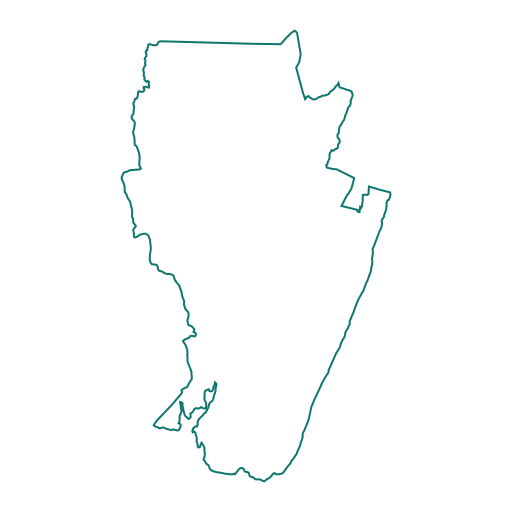 the district of Kilifi South, Coast, Kenya
{"feature_id": "3690345B19939243433246", "entity_name": "Kilifi South", "entity_type": "district", "adm_level": 2, "iso_a3": "KEN", "parent_name": "Kenya", "parent_adm1": "Coast", "projection": "robinson", "projection_center": [39.732, -3.813], "detail": "fine", "context": "isolated", "style": "outline", "palette": "teal", "viewbox_px": 512, "rotation_deg": 0, "n_neighbors": 0, "source": "geoboundaries", "source_scale": "gbopen_adm2", "svg_char_len": 6042}
<svg xmlns="http://www.w3.org/2000/svg" viewBox="0 0 512 512"><path d="M148.2,44.7L148.3,46.2L147.6,47.6L147.1,50.5L145.9,50.9L145.7,52.3L146.3,53.9L146.5,55.9L145.4,57.4L144.6,59.0L145.5,60.4L145.0,63.5L145.6,65.1L144.3,66.7L143.2,69.7L143.9,72.7L143.7,75.9L144.5,76.9L144.4,79.6L146.6,81.9L147.9,80.9L149.0,81.9L148.8,84.1L149.1,86.0L148.9,87.6L145.9,86.7L143.7,87.0L143.5,88.2L144.4,89.0L144.3,90.2L143.6,91.3L142.3,91.9L140.4,91.7L139.0,91.2L138.1,92.1L137.7,96.2L136.7,98.6L135.0,98.8L134.2,101.9L133.3,103.4L133.5,104.9L134.1,105.9L133.4,114.1L132.1,115.4L131.5,117.0L131.9,118.8L134.4,121.5L134.9,123.6L134.0,129.0L133.4,130.7L133.2,133.2L134.4,137.5L134.7,142.4L134.6,143.6L134.8,145.0L135.9,145.6L136.9,147.0L139.2,153.4L139.7,158.4L139.3,162.0L139.4,165.8L140.9,168.6L139.7,169.4L130.1,170.2L127.1,171.6L124.2,172.4L123.3,173.4L121.5,177.9L122.1,179.8L123.7,183.5L124.6,186.6L124.7,192.0L126.3,194.1L127.7,198.0L129.9,201.2L130.3,202.6L132.1,210.3L132.2,213.2L131.9,215.8L132.2,217.3L133.0,218.7L133.2,222.2L134.0,223.5L135.9,226.0L134.1,228.4L133.2,230.0L133.8,232.7L133.9,235.6L134.3,237.3L135.4,237.4L136.6,236.9L138.0,236.2L139.3,234.9L144.4,233.6L146.1,233.9L147.5,234.7L148.4,235.7L150.0,239.9L150.8,247.5L150.8,249.1L150.0,254.1L149.7,259.0L150.0,260.9L150.7,262.8L151.9,264.3L155.7,264.6L156.9,265.2L157.5,266.3L158.0,269.0L158.6,270.4L159.5,270.9L162.2,271.5L164.4,273.2L167.3,274.0L169.7,274.0L172.8,275.0L173.7,276.1L174.8,280.0L177.7,283.8L178.9,285.0L179.6,286.4L179.8,287.7L181.2,290.7L182.2,296.2L184.2,301.2L183.9,304.5L184.6,306.1L184.9,308.0L185.7,309.4L188.0,312.0L188.6,313.4L188.4,317.3L187.5,319.8L187.5,321.3L188.1,324.1L188.8,325.3L190.6,325.7L191.9,326.5L194.2,329.0L194.3,330.6L193.4,331.7L194.4,332.6L195.6,333.1L196.0,334.2L195.6,335.4L194.7,336.5L192.0,335.8L190.3,336.0L189.0,337.8L184.7,339.6L183.0,341.0L183.9,342.7L185.1,344.1L186.3,346.9L187.2,349.8L187.5,352.8L187.2,356.0L187.6,357.2L187.4,360.3L187.8,362.3L191.5,371.8L191.4,373.7L191.7,376.0L191.8,377.9L191.5,379.5L188.9,383.5L187.1,387.2L185.5,387.6L182.2,389.5L181.4,390.4L182.2,391.8L181.3,393.7L171.7,405.0L157.2,420.2L154.8,423.4L153.7,425.3L154.9,426.3L157.8,427.3L159.1,428.3L160.3,428.4L162.0,427.5L163.5,427.6L167.0,429.0L171.6,430.1L172.9,429.5L174.6,429.7L177.3,430.5L178.8,430.2L180.5,426.8L180.7,425.2L180.1,423.9L178.6,423.3L179.6,420.9L179.6,415.6L180.5,414.5L180.7,412.8L181.9,411.1L181.0,409.0L180.7,406.9L181.0,405.1L180.0,403.3L180.2,401.9L181.5,402.3L182.6,403.4L182.5,406.4L183.0,407.5L183.4,410.7L184.1,412.2L184.6,415.0L185.5,416.2L188.6,419.1L189.8,418.2L190.7,417.1L190.4,413.6L192.6,412.1L194.2,409.3L195.5,408.2L198.2,408.5L199.8,408.2L201.1,407.1L203.6,408.4L205.3,408.6L206.1,407.3L206.2,403.9L205.9,402.4L204.4,399.6L204.3,398.0L204.7,395.0L204.5,392.9L205.0,391.1L206.2,390.2L208.8,389.3L209.3,391.0L210.6,391.4L211.9,391.2L212.8,390.2L213.8,386.1L214.8,384.5L214.9,382.5L216.2,383.5L216.5,384.8L215.5,388.6L215.6,390.7L214.9,393.3L214.2,394.7L213.1,399.5L212.5,400.7L209.9,402.7L209.1,404.3L208.3,407.6L205.7,412.5L203.9,413.7L202.9,415.2L199.6,418.4L198.3,420.2L197.6,421.9L197.7,424.7L197.1,426.5L195.5,426.3L193.3,428.2L192.3,431.2L192.7,432.3L194.2,431.6L195.3,432.5L195.7,434.6L196.5,436.7L196.8,438.7L196.6,441.7L197.5,443.4L197.7,446.7L198.5,447.5L200.0,447.0L200.4,445.2L201.6,442.7L203.3,445.4L204.5,448.1L204.4,450.2L204.9,453.8L204.4,457.0L203.7,458.7L203.7,460.0L204.8,460.9L206.2,463.7L208.3,465.0L209.9,468.9L211.2,470.3L214.1,471.5L217.2,472.3L220.5,472.7L224.5,473.6L231.6,474.4L232.8,474.3L233.7,473.7L235.0,474.2L238.6,469.5L239.5,468.8L240.4,468.2L241.9,468.0L243.4,468.7L244.2,469.9L244.5,471.1L245.6,471.9L247.5,472.1L248.7,472.8L249.6,475.9L251.0,476.8L252.3,477.0L253.4,477.5L254.7,478.7L255.8,479.4L259.1,479.3L260.5,479.6L263.0,481.0L264.5,481.3L267.3,478.8L268.8,478.4L271.1,476.3L273.3,473.5L274.7,473.1L275.8,474.2L279.1,474.3L282.0,473.5L283.3,472.6L285.9,468.9L289.0,464.9L290.3,463.6L291.5,460.9L293.9,458.0L295.5,455.3L296.5,454.3L297.0,452.5L300.2,445.3L300.5,443.3L301.6,440.5L302.8,436.3L302.5,434.5L302.9,433.0L304.5,430.0L308.6,419.8L311.3,407.1L314.3,399.7L319.7,388.4L322.1,382.8L326.3,375.5L328.4,372.6L328.6,370.3L336.2,353.2L339.4,348.1L340.1,346.6L340.7,344.0L343.0,339.0L344.1,337.8L345.2,334.6L345.2,333.1L345.8,331.5L347.9,328.2L348.4,326.6L349.5,324.9L349.8,322.9L349.6,321.5L353.5,312.1L355.1,307.5L358.1,300.1L362.2,292.5L363.3,291.0L366.3,282.6L367.2,281.3L369.6,274.5L370.3,273.1L371.2,269.4L371.1,268.1L372.1,264.6L372.3,261.1L372.0,258.0L372.5,256.6L372.5,255.0L372.9,253.2L373.0,251.6L372.6,250.1L372.6,248.8L374.1,245.7L379.1,232.3L381.4,227.3L382.0,224.1L382.0,222.9L381.6,221.4L382.0,219.8L384.1,216.5L384.1,215.1L385.8,210.7L386.6,206.1L386.5,204.6L386.7,202.2L387.5,200.3L388.8,199.9L390.3,195.9L390.5,194.4L390.1,192.4L379.6,189.7L369.0,186.5L368.4,194.2L367.4,194.9L365.1,194.7L362.8,194.9L362.7,200.6L361.9,206.4L361.3,207.7L360.2,206.8L359.5,212.1L358.4,211.9L357.4,211.2L357.6,209.9L341.5,206.0L346.7,195.7L348.6,193.4L351.6,188.1L354.2,178.1L336.6,169.3L331.8,168.8L326.9,167.6L326.3,166.2L326.3,165.0L327.3,164.4L327.6,162.6L329.6,157.9L329.5,156.0L329.7,153.6L331.6,150.2L333.0,150.9L334.1,149.9L335.2,149.2L336.4,148.9L337.7,147.8L338.2,144.3L339.7,142.3L339.7,140.3L339.0,138.8L337.7,137.7L337.4,136.1L337.5,134.5L338.7,133.2L338.9,130.5L339.6,126.6L341.2,124.6L342.7,121.7L344.1,119.9L345.3,115.3L346.1,113.8L348.5,106.9L349.9,105.8L350.5,104.1L350.8,102.2L350.5,101.0L352.6,95.9L352.6,94.6L351.7,91.8L350.1,90.7L345.8,89.4L344.2,88.7L339.6,87.4L338.5,83.1L337.7,84.5L335.0,87.2L334.4,88.5L331.5,91.0L330.4,91.5L328.7,94.1L327.6,94.6L324.8,95.5L322.1,95.7L320.5,96.8L318.7,97.2L316.5,98.8L315.2,99.3L314.1,99.5L313.0,99.4L309.8,97.5L308.7,96.1L306.6,96.8L306.0,98.2L305.1,99.2L302.6,91.5L296.2,67.7L299.3,62.0L300.7,54.2L297.1,33.1L296.0,31.7L294.6,30.7L291.2,33.0L286.1,38.0L281.6,43.2L280.5,44.2L253.0,43.8L161.5,41.3L159.0,41.6L157.7,43.3L157.1,44.9L154.2,45.4L149.5,44.1L148.2,44.7Z" fill="none" stroke="#0f766e" stroke-width="2"/></svg>